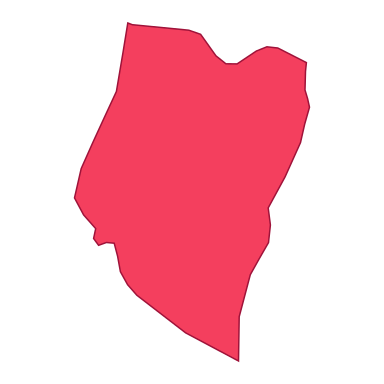 the District of Oğuz
{"feature_id": "AZE-1725", "entity_name": "Oğuz", "entity_type": "District", "adm_level": 1, "iso_a3": "AZE", "parent_name": "Azerbaijan", "parent_adm1": "", "projection": "orthographic", "projection_center": [47.489, 41.029], "detail": "fine", "context": "isolated", "style": "filled", "palette": "rose", "viewbox_px": 384, "rotation_deg": 0, "n_neighbors": 0, "source": "natural_earth", "source_scale": "10m", "svg_char_len": 624}
<svg xmlns="http://www.w3.org/2000/svg" viewBox="0 0 384 384"><path d="M127.8,23.0L132.3,24.7L188.8,30.2L200.6,34.3L216.0,55.9L225.9,63.8L237.1,63.9L256.4,51.0L266.9,46.8L277.8,48.0L306.4,62.6L305.5,71.4L305.0,90.0L307.6,98.7L309.5,107.2L304.7,124.1L300.5,142.6L285.1,176.8L268.2,207.9L270.4,225.0L268.5,242.6L259.3,258.6L250.3,274.7L239.2,316.7L238.5,361.0L185.7,332.9L136.9,295.3L127.6,284.7L120.4,271.7L117.6,256.2L114.2,243.2L106.4,242.5L98.6,245.3L93.6,238.5L95.7,228.6L83.6,214.9L74.5,197.9L81.2,168.6L93.2,141.7L104.8,116.5L116.4,91.5L123.0,52.5L127.8,23.0Z" fill="#f43f5e" stroke="#9f1239" stroke-width="1.5"/></svg>